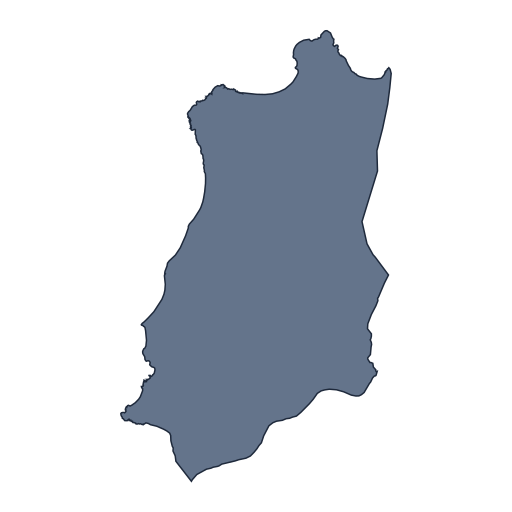 the district of Ilocos Norte, Ilocos Norte, Philippines
{"feature_id": "2640588B45258001695711", "entity_name": "Ilocos Norte", "entity_type": "district", "adm_level": 2, "iso_a3": "PHL", "parent_name": "Philippines", "parent_adm1": "Ilocos Norte", "projection": "orthographic", "projection_center": [120.646, 18.219], "detail": "fine", "context": "isolated", "style": "filled", "palette": "slate", "viewbox_px": 512, "rotation_deg": 0, "n_neighbors": 0, "source": "geoboundaries", "source_scale": "gbopen_adm2", "svg_char_len": 5937}
<svg xmlns="http://www.w3.org/2000/svg" viewBox="0 0 512 512"><path d="M369.4,383.5L370.6,382.1L372.6,377.9L374.4,376.0L375.6,375.8L376.1,375.2L377.2,371.3L376.2,371.6L375.7,370.7L375.8,369.8L373.4,367.1L372.8,363.3L370.9,362.5L369.9,362.5L367.7,359.0L367.8,357.7L370.4,354.6L371.1,346.8L371.6,344.5L371.3,342.3L370.2,339.8L370.8,338.8L371.4,336.2L371.4,333.8L367.5,328.8L367.8,323.8L371.4,314.4L375.9,305.8L377.9,300.7L377.6,298.3L378.5,297.0L384.4,283.1L388.5,275.0L375.1,257.0L373.0,254.7L367.0,243.8L362.0,221.6L377.5,171.0L376.9,150.7L382.6,128.5L387.7,104.1L389.8,87.8L391.2,73.5L390.1,69.3L388.8,67.7L387.9,68.8L387.5,68.8L386.8,70.3L386.0,70.7L385.6,72.1L385.0,72.1L385.0,72.8L384.3,74.6L381.7,77.8L380.9,78.3L374.7,79.1L367.3,78.5L361.2,77.0L359.0,76.3L357.0,75.2L356.4,74.2L355.0,73.7L353.8,72.4L352.5,71.9L351.5,71.0L350.6,69.5L350.4,68.4L348.4,65.4L346.2,60.8L346.0,59.7L345.1,58.4L343.4,56.8L342.5,56.3L342.2,56.5L341.7,55.7L341.2,55.8L341.0,55.3L340.4,55.5L339.3,54.2L338.9,53.0L337.9,51.8L337.9,50.7L338.5,49.7L337.4,48.3L338.1,46.5L337.8,45.5L337.1,45.1L336.0,45.2L334.5,46.4L333.3,45.5L333.0,44.5L333.8,42.8L333.6,40.9L333.9,39.2L333.2,38.8L332.1,37.0L330.5,33.0L327.0,30.7L325.3,30.8L324.3,31.4L321.0,34.9L320.6,37.4L319.0,38.2L318.4,37.9L318.4,38.4L317.5,39.2L315.8,39.2L314.0,39.7L311.9,41.1L310.3,40.6L309.2,39.3L303.7,40.2L299.4,42.4L296.9,44.5L295.7,46.0L294.2,48.9L293.7,50.5L293.4,53.0L293.6,54.2L293.1,57.0L293.9,58.1L295.5,58.8L295.9,60.0L296.9,61.2L297.2,63.1L297.0,65.4L296.6,66.3L295.5,67.3L295.3,67.8L295.6,68.4L297.1,69.2L298.0,70.2L298.2,71.5L298.1,73.1L296.4,76.5L293.0,81.9L291.0,84.0L285.2,88.9L279.2,91.8L272.5,93.8L265.1,94.5L256.4,94.3L243.3,92.9L241.7,92.9L242.0,93.4L240.4,92.8L240.3,93.1L239.6,93.0L237.4,92.1L237.9,92.0L237.3,91.8L237.2,91.2L236.2,91.5L235.6,91.2L235.5,90.1L234.3,89.3L233.6,89.5L233.5,89.2L233.1,89.6L231.9,89.2L230.0,89.4L229.2,89.0L228.8,88.7L227.7,89.1L226.8,88.0L225.6,87.4L224.9,87.5L225.4,87.1L225.2,86.9L224.6,87.1L224.1,85.8L224.6,86.0L224.7,85.8L223.0,84.5L222.2,84.9L221.5,84.8L221.6,85.0L220.8,85.7L219.4,86.0L217.7,85.7L215.1,87.2L212.9,89.7L212.9,90.3L211.8,91.7L211.6,93.0L211.9,93.4L211.8,94.2L211.0,93.5L210.4,93.6L210.3,93.3L209.5,93.6L209.5,94.3L208.8,94.4L208.7,95.0L207.3,96.3L206.1,96.4L206.5,96.8L206.4,98.1L205.6,98.1L205.8,98.7L204.7,100.0L203.6,100.5L202.6,100.3L202.1,100.9L200.4,101.1L200.3,101.7L199.1,101.7L198.9,101.4L198.4,101.6L197.6,101.1L196.6,101.8L196.3,102.5L196.7,104.2L196.6,104.7L196.0,105.2L194.3,105.2L192.4,106.6L190.1,110.4L188.7,111.6L187.6,113.3L187.5,114.0L188.3,116.4L187.8,116.8L187.8,117.0L188.3,117.5L188.6,117.3L189.5,117.8L189.8,118.4L189.6,118.5L190.1,118.7L190.6,120.2L189.7,120.0L189.5,120.4L189.4,119.9L189.2,120.4L189.2,120.8L189.7,120.6L189.8,121.2L190.2,120.6L190.5,120.8L190.3,121.9L189.7,122.4L190.1,122.7L190.0,123.7L190.6,124.1L190.3,124.7L191.0,125.5L190.8,125.9L191.2,127.2L190.8,127.2L190.9,126.8L190.5,127.0L191.0,128.1L190.5,128.5L191.1,128.6L191.1,129.6L191.8,130.2L192.6,130.2L194.2,129.5L194.9,129.4L195.4,129.8L195.2,134.3L195.8,135.2L196.1,137.0L196.0,138.1L196.6,139.2L196.4,139.7L197.4,141.8L197.2,142.4L198.0,143.0L198.5,144.5L200.3,146.3L201.2,149.5L200.8,151.0L201.3,153.6L202.5,154.4L202.9,155.7L203.1,158.6L203.5,159.1L203.7,160.8L203.2,163.3L203.5,164.5L204.2,165.1L203.8,167.7L204.4,170.3L204.3,171.6L205.4,173.7L205.6,178.1L205.5,183.7L204.7,191.8L203.6,198.2L202.8,201.9L200.8,207.6L199.6,209.9L193.7,219.2L189.3,224.2L188.3,226.3L188.3,228.0L185.6,235.8L180.3,247.7L175.4,255.1L169.2,260.9L167.5,263.2L167.0,266.1L165.1,271.1L164.7,273.3L164.9,273.8L165.0,273.3L165.4,273.8L164.7,274.4L164.4,275.7L165.3,284.3L164.9,290.1L164.0,294.1L161.9,299.4L153.9,311.7L147.9,318.2L144.0,322.0L142.2,323.4L141.3,324.7L141.5,325.1L143.0,325.6L143.6,326.4L144.5,326.8L145.0,327.7L145.6,330.8L146.5,340.3L145.9,346.1L144.8,348.2L143.8,348.8L142.9,350.7L142.6,351.9L142.9,353.7L144.7,356.7L145.0,359.5L145.8,360.8L146.3,361.2L148.2,360.7L149.0,360.9L150.1,362.3L150.1,363.2L149.7,364.3L150.0,365.2L151.8,366.8L153.8,367.4L154.7,368.1L155.0,369.9L154.2,373.3L153.1,374.7L152.8,374.7L151.7,376.3L150.7,376.7L150.0,376.0L150.3,375.6L149.6,374.9L150.2,375.6L149.8,376.1L149.1,375.4L148.3,375.6L149.0,375.5L150.0,376.4L150.1,378.1L148.5,379.3L147.2,379.4L147.8,379.7L146.5,380.6L146.5,381.6L144.8,381.8L145.3,380.8L144.0,380.2L144.0,380.9L144.9,381.3L144.8,381.6L143.8,381.3L143.5,382.1L142.9,382.0L143.5,382.2L143.0,384.9L143.0,385.0L143.2,384.7L143.2,385.8L142.9,385.8L143.1,385.9L142.5,386.5L141.4,386.5L141.7,387.8L142.6,388.6L142.6,390.8L140.3,396.8L138.7,399.2L135.2,402.8L131.6,405.3L130.1,406.0L128.4,405.3L127.5,405.7L127.1,406.5L126.5,406.7L126.6,407.3L126.2,407.2L125.5,408.5L125.8,409.4L125.4,409.6L125.3,409.2L125.3,409.8L125.7,410.1L126.0,411.2L125.4,412.2L124.6,412.8L123.7,412.3L123.8,412.0L123.6,412.3L121.4,412.8L120.8,413.7L121.2,415.7L122.2,417.2L122.4,418.4L123.3,418.7L124.7,420.6L127.1,420.7L127.7,420.5L127.8,420.0L128.9,419.2L129.3,420.4L129.8,419.9L130.2,420.4L130.9,420.3L131.1,421.3L132.4,421.3L132.4,422.0L133.1,422.6L133.4,422.4L135.0,422.8L135.4,423.4L135.8,423.3L136.2,424.0L137.6,424.0L138.3,423.6L139.6,424.0L140.4,423.7L142.3,424.6L143.1,424.1L143.4,424.6L145.9,422.9L148.4,423.5L150.5,424.7L156.7,426.2L163.6,429.2L166.7,430.9L169.7,433.1L170.7,435.6L170.9,440.8L172.3,446.3L173.2,447.9L173.0,451.0L175.2,455.8L175.9,461.3L191.4,481.3L192.4,479.6L196.8,474.5L206.4,469.2L210.9,468.2L213.2,467.2L217.5,466.4L219.0,465.9L221.8,464.1L235.2,460.9L238.8,459.7L245.9,458.2L250.4,456.0L254.1,452.2L256.9,448.8L259.0,445.5L261.4,442.8L263.7,435.8L268.9,425.8L272.9,422.7L276.5,421.2L282.4,420.3L286.2,418.7L289.6,418.3L292.5,417.1L296.4,416.1L300.8,412.4L309.4,403.7L313.3,399.1L317.3,393.4L321.1,390.9L324.7,389.9L329.3,389.2L336.6,389.8L343.7,391.8L351.3,395.1L355.9,396.0L358.9,395.9L361.4,394.7L364.1,392.5L369.4,383.5Z" fill="#64748b" stroke="#1e293b" stroke-width="1.5"/></svg>